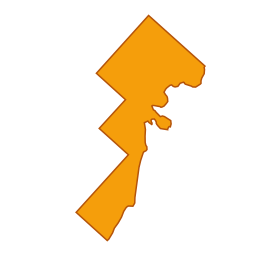 outline of Alger, Michigan, United States of America, rotated 132°
{"feature_id": "52423323B20180177095300", "entity_name": "Alger", "entity_type": "district", "adm_level": 2, "iso_a3": "USA", "parent_name": "United States of America", "parent_adm1": "Michigan", "projection": "mercator", "projection_center": [-86.632, 46.425], "detail": "fine", "context": "isolated", "style": "filled", "palette": "amber", "viewbox_px": 256, "rotation_deg": 132, "n_neighbors": 0, "source": "geoboundaries", "source_scale": "gbopen_adm2", "svg_char_len": 1251}
<svg xmlns="http://www.w3.org/2000/svg" viewBox="0 0 256 256"><g transform="rotate(132 128 128)"><path d="M30.5,112.2L30.6,188.0L108.5,188.1L108.6,148.8L147.6,149.1L147.6,109.8L225.4,110.1L225.5,68.1L223.4,67.9L216.2,69.3L211.6,71.1L205.1,71.8L198.6,73.2L192.8,75.4L188.8,76.1L186.9,76.0L185.7,75.5L182.8,72.0L179.2,72.8L175.1,76.3L149.9,93.5L143.6,96.9L136.3,100.1L135.2,100.3L132.8,99.4L131.3,99.5L129.3,101.5L129.0,103.0L127.3,105.5L122.6,109.9L117.5,114.0L113.1,119.4L109.6,117.9L109.9,116.0L109.5,112.7L109.1,112.7L108.2,113.5L107.8,114.8L106.7,116.2L105.3,116.1L103.7,114.4L103.9,113.0L104.6,111.1L105.6,110.1L106.0,109.1L106.4,107.0L106.7,103.5L102.7,97.4L102.2,97.9L99.9,98.4L99.2,98.2L98.8,97.3L96.1,98.7L93.9,101.2L95.1,108.5L96.0,110.4L97.9,111.6L97.5,117.6L97.1,119.5L97.5,121.3L95.7,125.0L94.9,124.9L93.8,123.6L90.6,118.4L90.6,117.5L89.8,116.8L87.6,115.9L84.7,115.9L81.7,116.2L79.3,118.7L78.5,120.1L78.1,122.5L77.3,125.2L74.0,126.0L72.0,126.0L68.1,125.3L66.8,124.4L66.8,122.2L66.0,120.5L63.7,118.8L59.9,119.2L56.9,117.5L56.6,116.5L57.1,115.9L57.0,114.6L54.5,109.0L54.2,107.4L52.3,105.1L47.3,103.7L46.0,103.6L44.0,105.4L41.5,106.6L36.7,107.7L33.3,110.3L32.0,112.0L30.5,112.2Z" fill="#f59e0b" stroke="#b45309" stroke-width="1.5"/></g></svg>